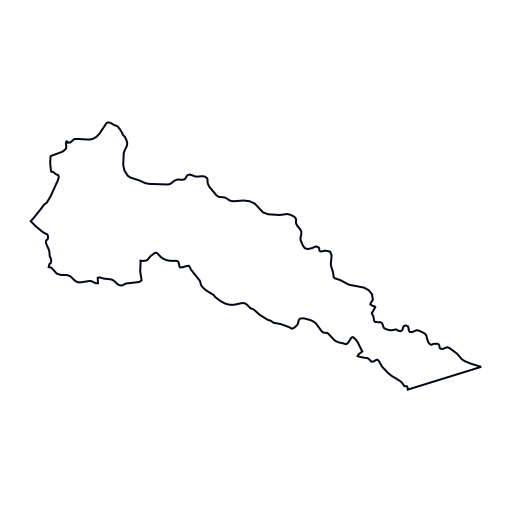 an SVG outline of Putumayo
{"feature_id": "COL-1407", "entity_name": "Putumayo", "entity_type": "Intendancy", "adm_level": 1, "iso_a3": "COL", "parent_name": "Colombia", "parent_adm1": "", "projection": "orthographic", "projection_center": [-75.67, 0.437], "detail": "fine", "context": "isolated", "style": "outline", "palette": "ink", "viewbox_px": 512, "rotation_deg": 0, "n_neighbors": 0, "source": "natural_earth", "source_scale": "10m", "svg_char_len": 4558}
<svg xmlns="http://www.w3.org/2000/svg" viewBox="0 0 512 512"><path d="M172.4,260.9L169.1,260.7L166.2,260.0L163.5,258.9L161.0,257.2L157.3,253.3L156.0,252.7L154.5,253.1L152.1,255.0L151.4,255.4L150.6,256.1L147.3,260.0L146.1,260.5L144.6,260.8L141.7,260.9L140.5,260.7L140.6,261.6L140.2,271.5L141.6,280.4L139.2,282.0L126.0,283.5L122.5,285.3L120.6,285.5L118.1,284.6L114.5,281.3L112.4,279.8L110.5,279.3L104.0,278.6L99.3,277.3L97.7,277.9L98.0,283.2L96.0,283.3L91.2,281.1L89.5,281.0L80.3,282.4L78.2,282.3L76.3,281.6L74.1,279.9L71.1,277.0L69.8,276.0L67.6,275.2L65.9,275.0L60.6,274.9L56.6,273.5L51.5,267.8L48.7,267.1L49.0,266.2L49.3,264.2L49.8,263.8L50.6,263.2L51.0,262.2L51.2,261.4L50.9,258.7L49.7,256.0L49.4,251.9L48.9,249.9L46.2,243.7L45.9,242.2L46.0,240.9L46.5,240.1L47.0,239.8L47.5,239.4L47.9,238.5L48.0,236.3L47.6,235.0L46.8,234.1L44.6,233.2L42.2,231.6L36.0,226.5L30.7,221.2L33.5,218.2L41.7,207.9L44.1,204.6L46.7,202.8L50.6,196.3L56.9,182.4L57.5,181.3L58.7,177.7L58.7,176.6L58.3,175.3L57.7,174.9L56.0,174.3L53.3,172.1L52.4,171.8L51.9,171.9L51.3,171.8L51.0,171.0L50.2,163.6L50.4,157.9L50.8,156.0L52.8,155.3L62.4,151.7L63.8,150.7L65.7,149.0L66.2,147.7L66.3,146.2L65.9,143.4L66.2,141.9L66.6,141.4L67.1,141.4L67.4,141.8L67.9,142.7L70.3,142.5L74.4,139.0L78.8,139.0L89.3,139.6L92.9,138.9L96.5,136.8L99.6,133.5L106.6,122.9L108.7,122.4L110.9,123.1L113.1,124.5L117.6,126.4L119.9,129.2L122.3,133.2L122.6,134.6L124.9,136.8L126.6,140.6L127.1,142.4L127.2,144.1L126.6,146.5L124.4,151.0L123.7,153.4L123.2,165.1L124.5,170.7L127.7,175.7L130.3,177.5L139.8,180.6L145.1,183.1L149.2,183.9L168.1,184.5L170.2,183.9L171.5,183.1L172.7,182.0L174.2,180.9L176.3,179.9L177.9,179.5L182.2,179.8L184.6,179.3L185.7,178.0L186.5,176.3L187.8,175.0L188.0,175.0L189.8,174.6L191.7,175.1L195.3,176.5L197.7,176.6L202.8,176.2L205.1,176.7L207.1,178.3L207.6,179.9L207.5,181.7L207.9,183.9L209.5,187.0L216.7,195.6L219.0,196.9L224.4,197.4L227.1,198.7L229.5,200.4L231.8,201.1L234.3,201.2L243.5,200.5L249.5,201.2L254.9,203.7L263.0,212.4L268.3,214.3L279.7,215.0L287.2,214.0L289.8,214.6L293.1,216.0L294.5,217.0L295.7,218.3L296.1,219.7L295.9,222.3L296.1,223.6L297.2,225.7L300.3,229.4L301.3,231.6L301.3,233.9L300.4,238.3L300.8,240.7L302.7,245.2L304.7,248.1L307.6,249.1L312.1,248.1L315.4,246.6L316.8,246.6L318.7,247.5L319.1,248.2L319.4,250.4L320.0,251.2L321.2,251.5L322.5,251.3L325.0,250.6L330.1,251.6L331.6,255.3L330.8,264.2L331.1,266.2L333.0,272.2L333.6,276.8L334.6,278.2L340.3,280.1L348.9,284.7L364.0,287.6L368.7,290.2L372.0,294.2L372.8,299.7L372.0,301.3L370.7,302.9L370.3,304.4L372.1,305.6L374.8,306.5L375.3,307.2L374.6,308.2L372.8,311.7L372.0,312.5L371.8,313.5L373.3,316.3L373.6,317.4L373.9,319.7L374.5,321.6L375.4,322.0L376.5,321.9L378.6,322.3L379.6,322.2L380.6,322.3L381.7,322.8L382.4,323.9L383.3,326.8L384.0,328.0L385.9,329.1L388.5,329.9L391.2,330.3L393.4,330.0L395.7,329.4L397.0,329.9L398.2,330.7L400.4,331.2L402.3,330.2L403.6,326.2L405.8,325.4L408.0,326.4L408.6,328.4L408.8,330.5L409.8,332.0L412.0,332.1L416.6,330.2L419.4,330.8L424.2,333.2L425.5,334.3L426.4,335.6L426.6,336.6L426.7,337.6L428.0,341.6L428.6,342.8L429.6,343.9L431.1,344.8L432.1,344.6L433.1,344.0L434.5,343.8L435.7,343.9L436.6,343.7L437.4,343.8L438.6,344.4L439.2,345.3L439.8,348.0L440.6,348.8L443.1,348.9L445.3,347.9L447.6,347.2L450.1,348.5L457.3,353.9L461.6,359.1L464.5,361.0L470.9,363.7L481.1,366.8L481.3,366.8L407.8,389.6L407.6,388.2L407.3,386.8L406.7,386.2L404.9,386.2L404.1,385.9L403.0,384.0L401.2,382.0L399.6,380.7L391.5,375.8L388.1,373.0L382.4,367.1L378.7,360.8L377.4,359.7L376.0,360.0L374.8,360.7L374.0,361.3L373.3,361.6L371.5,361.6L370.7,361.1L370.3,360.4L369.6,359.7L368.7,359.0L368.1,358.5L367.3,358.1L363.9,357.7L361.3,357.1L359.9,356.9L357.6,356.1L358.6,354.3L362.3,351.5L357.7,342.3L355.8,339.6L353.0,337.1L351.5,337.5L348.1,342.8L346.6,344.0L345.3,344.1L343.1,343.3L338.5,342.3L335.7,341.1L333.9,339.7L328.4,333.8L327.6,333.1L326.3,332.8L324.0,332.7L322.9,332.3L321.3,330.8L316.1,323.6L313.5,321.6L310.7,320.2L304.7,318.5L302.0,318.3L300.0,318.7L298.7,320.1L298.2,322.6L297.6,324.4L295.9,326.3L293.8,328.0L291.8,328.7L289.3,327.2L280.8,324.1L273.4,322.7L270.8,320.8L267.5,319.7L259.8,314.9L253.5,309.3L251.1,308.5L249.7,307.6L248.0,305.7L245.9,303.8L243.3,303.0L240.8,303.3L235.0,304.6L231.9,304.9L229.0,304.6L226.4,304.0L224.2,303.1L220.4,301.0L215.1,297.0L213.9,295.2L205.8,290.2L202.5,287.1L201.0,285.0L200.4,282.4L199.8,280.7L190.8,269.4L190.2,267.8L188.9,265.8L185.9,266.2L182.6,267.3L180.1,267.4L179.4,266.3L178.7,262.8L177.9,261.4L176.8,260.9L175.3,260.8L172.4,260.9Z" fill="none" stroke="#020617" stroke-width="2"/></svg>